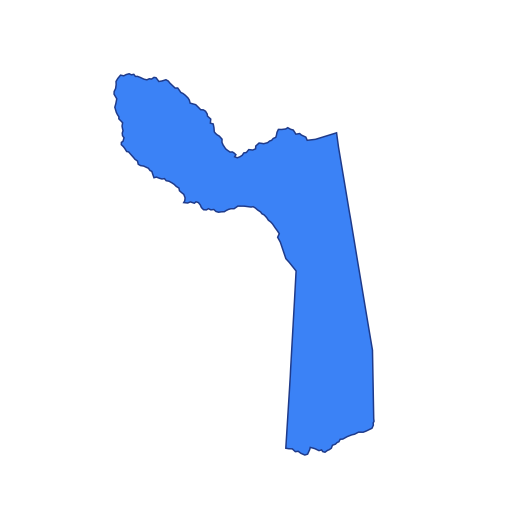 the district of Tupanatinga, Pernambuco, Brazil, rotated 167°
{"feature_id": "56859067B27926244892449", "entity_name": "Tupanatinga", "entity_type": "district", "adm_level": 2, "iso_a3": "BRA", "parent_name": "Brazil", "parent_adm1": "Pernambuco", "projection": "robinson", "projection_center": [-37.223, -8.674], "detail": "fine", "context": "isolated", "style": "filled", "palette": "blue", "viewbox_px": 512, "rotation_deg": 167, "n_neighbors": 0, "source": "geoboundaries", "source_scale": "gbopen_adm2", "svg_char_len": 3038}
<svg xmlns="http://www.w3.org/2000/svg" viewBox="0 0 512 512"><g transform="rotate(167 256 256)"><path d="M270.2,62.0L267.6,60.9L264.0,59.9L261.7,56.5L258.8,56.2L256.6,53.6L253.2,51.1L250.3,51.3L247.3,55.2L246.2,57.3L243.5,55.9L241.8,54.9L238.4,52.2L235.7,52.3L235.0,50.4L232.9,49.3L230.1,50.5L228.2,50.8L225.8,51.8L224.1,54.4L220.9,54.8L219.0,56.0L217.0,56.4L215.2,58.5L212.6,58.1L207.7,59.5L203.0,60.2L200.0,60.2L195.7,61.3L191.2,60.2L188.3,60.6L181.7,62.1L179.7,64.8L179.4,66.9L178.2,68.4L177.9,71.0L163.7,138.0L162.8,153.1L161.0,182.8L158.7,219.7L158.5,223.1L158.1,229.6L157.1,245.2L155.5,270.9L155.1,278.4L153.6,302.6L151.1,343.8L149.8,357.9L171.8,356.3L180.1,357.2L180.7,360.6L184.6,363.7L185.9,365.5L189.7,365.7L190.5,368.0L191.4,370.4L193.8,371.7L196.2,373.9L198.5,373.1L200.4,373.3L202.5,373.5L205.7,374.3L207.7,371.8L209.0,368.9L210.1,367.1L212.7,366.7L214.8,365.2L216.8,365.0L219.2,363.8L223.3,363.7L225.2,364.5L227.6,365.4L231.5,363.2L232.3,360.5L235.4,360.0L239.1,361.3L242.1,359.0L244.7,359.2L246.8,357.2L249.3,356.3L252.1,355.9L254.5,357.5L252.8,359.2L254.2,361.3L255.6,362.7L257.9,363.1L260.1,365.5L261.5,367.3L263.1,371.6L263.6,374.4L262.8,377.5L264.8,381.1L266.6,382.8L267.8,384.5L268.7,386.3L268.1,390.6L268.0,394.3L270.6,395.7L269.3,399.6L271.8,403.2L271.6,405.3L272.6,408.4L274.4,410.2L277.0,411.0L278.6,413.7L280.7,417.0L285.8,419.8L285.9,422.9L286.7,425.3L288.8,428.6L290.6,430.8L292.5,432.3L293.4,434.7L294.5,437.3L297.0,437.8L298.6,440.2L301.1,444.0L302.1,446.2L304.1,448.0L308.3,447.7L311.4,447.9L313.3,452.2L315.2,453.0L318.0,451.9L320.1,452.7L322.7,452.2L325.4,453.5L328.7,456.1L331.1,457.7L333.1,458.1L334.2,460.5L336.7,460.6L338.6,462.1L341.7,462.0L344.3,461.3L347.3,462.7L350.7,460.1L353.1,457.6L353.7,454.5L355.1,450.8L357.2,448.2L357.9,445.6L356.3,440.5L358.3,436.0L360.1,432.7L359.8,427.5L359.2,424.9L358.3,422.5L358.8,420.5L357.0,417.6L356.0,415.8L357.3,412.7L357.4,410.5L357.4,408.0L358.7,405.8L359.0,403.3L358.0,400.9L359.8,397.7L361.6,397.0L362.2,394.8L360.7,392.5L359.8,390.6L358.5,386.9L356.7,386.1L354.9,382.7L353.1,379.4L352.2,377.5L350.1,375.2L350.1,371.9L348.2,370.1L345.2,368.9L343.3,367.4L341.1,365.7L340.0,363.1L338.5,361.9L338.2,358.7L337.8,355.2L335.3,355.3L332.5,353.4L330.3,352.2L327.8,352.0L326.6,349.6L323.9,348.4L321.4,346.1L319.6,344.2L318.1,341.8L315.8,339.5L315.9,336.8L314.4,334.7L312.5,332.3L312.0,328.6L313.0,325.8L314.4,324.3L310.6,323.0L307.8,323.5L304.2,321.3L302.2,322.3L300.1,321.0L298.8,318.3L298.3,315.5L296.7,312.9L294.0,312.1L291.7,312.8L289.6,311.1L286.6,310.8L285.0,308.4L282.7,307.1L279.6,306.8L276.9,306.3L274.9,307.0L272.3,307.6L269.9,307.7L266.7,307.0L262.4,308.7L256.2,307.2L249.8,304.8L247.7,304.7L245.8,302.9L244.0,300.4L241.6,297.9L240.8,295.9L238.8,294.2L236.9,290.9L235.9,288.1L234.1,286.0L232.7,283.6L230.8,278.7L229.7,276.2L228.3,272.5L230.7,269.4L229.2,264.1L228.9,261.1L227.8,249.8L227.5,246.7L225.1,242.4L220.3,232.4L228.9,202.6L235.4,180.3L247.8,137.7L249.6,131.3L253.8,117.1L270.2,62.0Z" fill="#3b82f6" stroke="#1e3a8a" stroke-width="1.5"/></g></svg>